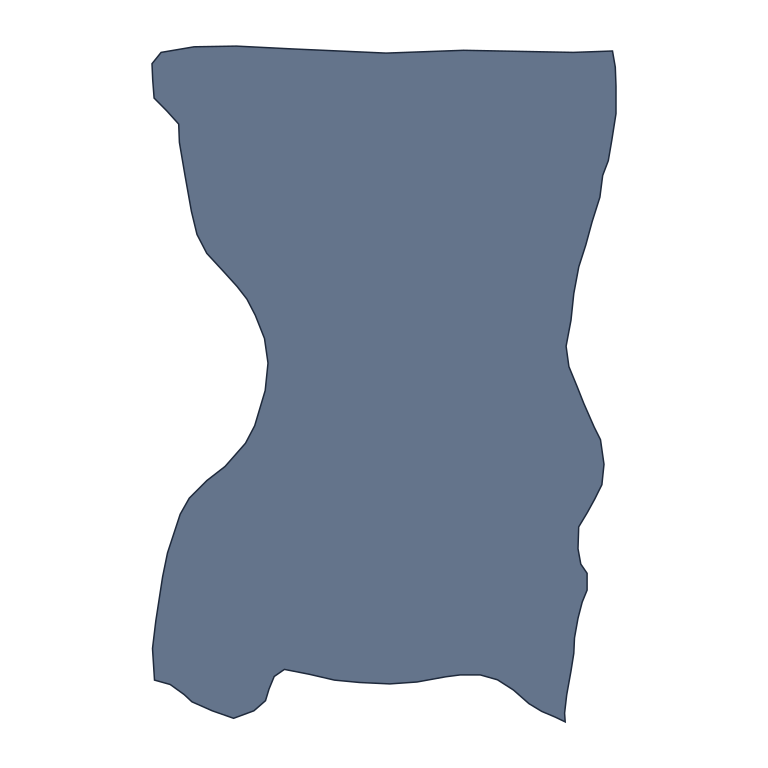 the district of Lombo-Bouenguidi, Ogooué-Lolo, Gabon
{"feature_id": "22940354B47016566751071", "entity_name": "Lombo-Bouenguidi", "entity_type": "district", "adm_level": 2, "iso_a3": "GAB", "parent_name": "Gabon", "parent_adm1": "Ogooué-Lolo", "projection": "albers", "projection_center": [12.662, -1.615], "detail": "fine", "context": "isolated", "style": "filled", "palette": "slate", "viewbox_px": 768, "rotation_deg": 0, "n_neighbors": 0, "source": "geoboundaries", "source_scale": "gbopen_adm2", "svg_char_len": 1282}
<svg xmlns="http://www.w3.org/2000/svg" viewBox="0 0 768 768"><path d="M612.5,51.0L573.2,52.4L463.5,50.3L386.1,53.1L291.9,48.9L236.3,46.1L194.1,46.8L161.1,52.4L152.0,63.7L152.7,79.8L154.1,98.1L166.7,110.8L178.7,124.1L179.4,142.4L185.0,175.4L191.4,211.3L197.0,234.5L206.8,253.4L223.7,271.7L237.1,286.5L246.9,299.1L255.3,315.3L264.5,338.5L268.0,363.1L265.2,390.5L254.7,425.7L245.5,443.2L225.1,466.4L206.9,480.5L189.3,498.1L180.2,514.2L167.5,552.9L162.6,576.8L155.8,621.0L152.5,648.5L154.1,673.7L154.5,680.1L170.2,684.5L184.2,694.6L191.9,701.8L212.2,710.8L233.6,718.3L253.9,710.8L265.5,700.7L269.0,689.1L274.2,676.5L284.4,669.4L309.4,674.3L334.4,680.1L359.6,682.5L389.8,683.9L417.0,682.0L445.6,676.8L460.4,674.9L480.2,674.9L497.5,679.8L513.4,690.0L529.0,703.7L541.7,711.4L555.4,717.2L565.2,721.9L564.6,713.1L566.7,694.9L571.0,671.0L573.8,653.4L574.5,637.9L578.0,618.3L582.2,602.1L587.1,590.1L587.1,573.3L580.8,564.1L578.0,548.7L578.7,526.9L587.2,512.8L594.9,498.8L597.9,492.7L601.9,484.7L604.0,464.3L600.5,439.7L594.2,427.1L583.7,403.2L577.3,387.0L568.9,366.6L566.1,346.2L571.0,320.2L573.8,293.5L578.8,266.8L585.8,245.0L592.1,221.8L599.9,197.2L602.7,175.4L608.3,160.7L611.8,140.3L616.0,113.6L616.0,86.2L615.3,67.2L612.5,51.0Z" fill="#64748b" stroke="#1e293b" stroke-width="1.5"/></svg>